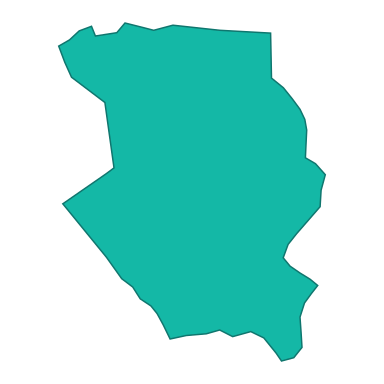 the district of Tupandi, Rio Grande do Sul, Brazil
{"feature_id": "56859067B43704849668699", "entity_name": "Tupandi", "entity_type": "district", "adm_level": 2, "iso_a3": "BRA", "parent_name": "Brazil", "parent_adm1": "Rio Grande do Sul", "projection": "robinson", "projection_center": [-51.422, -29.478], "detail": "fine", "context": "isolated", "style": "filled", "palette": "teal", "viewbox_px": 384, "rotation_deg": 0, "n_neighbors": 0, "source": "geoboundaries", "source_scale": "gbopen_adm2", "svg_char_len": 826}
<svg xmlns="http://www.w3.org/2000/svg" viewBox="0 0 384 384"><path d="M172.9,25.2L153.7,30.3L143.3,27.6L125.0,23.0L116.8,32.7L95.4,36.0L91.5,26.3L79.2,30.9L69.5,39.9L58.7,46.1L64.8,62.3L71.5,77.2L104.9,102.5L114.0,167.9L105.8,174.0L62.8,203.8L106.4,257.2L121.7,278.7L132.7,287.0L140.3,298.9L150.9,305.9L157.1,313.6L163.2,324.8L170.1,339.0L186.3,335.5L206.3,333.8L219.7,330.0L232.7,336.6L250.8,331.6L263.8,337.9L276.1,353.1L281.5,361.0L293.8,357.7L302.0,347.4L301.1,332.9L300.0,317.1L304.5,303.0L311.5,293.4L317.7,285.5L310.2,279.3L300.0,273.0L290.1,266.2L283.2,257.8L288.1,244.4L296.6,233.7L320.1,206.7L321.1,190.2L325.3,174.7L315.5,163.7L305.4,157.8L306.0,144.6L306.7,130.1L304.8,119.4L300.0,109.3L292.4,99.0L283.4,87.8L271.5,78.1L270.6,33.1L219.9,30.3L172.9,25.2Z" fill="#14b8a6" stroke="#0f766e" stroke-width="1.5"/></svg>